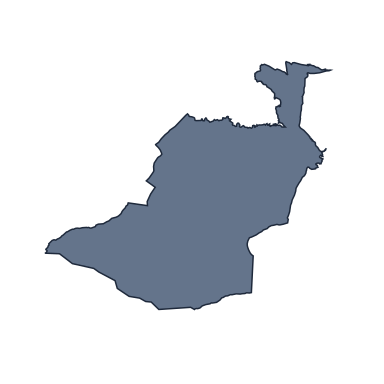 Buyant, Hovd, Mongolia, rotated 352°
{"feature_id": "93677404B7788562092433", "entity_name": "Buyant", "entity_type": "district", "adm_level": 2, "iso_a3": "MNG", "parent_name": "Mongolia", "parent_adm1": "Hovd", "projection": "equal_earth", "projection_center": [92.174, 47.985], "detail": "fine", "context": "isolated", "style": "filled", "palette": "slate", "viewbox_px": 384, "rotation_deg": 352, "n_neighbors": 0, "source": "geoboundaries", "source_scale": "gbopen_adm2", "svg_char_len": 6038}
<svg xmlns="http://www.w3.org/2000/svg" viewBox="0 0 384 384"><g transform="rotate(352 192 192)"><path d="M317.5,185.7L320.2,185.0L319.7,184.1L319.9,183.1L318.6,182.2L318.5,181.5L319.7,180.9L321.0,180.9L322.0,181.2L322.2,181.9L323.7,182.0L324.1,180.9L325.0,179.8L325.1,178.6L326.0,178.0L326.2,177.2L325.7,177.3L323.5,175.7L323.2,175.0L323.5,174.4L324.7,173.5L325.2,174.0L326.0,174.1L325.7,174.9L326.5,174.9L326.3,174.2L326.5,173.0L326.0,171.3L326.5,170.8L326.5,170.4L328.6,170.0L329.9,169.2L329.7,168.8L330.7,168.0L330.6,167.9L328.5,169.7L327.8,170.0L325.4,169.9L324.6,169.2L323.8,168.1L322.7,165.4L321.1,163.5L320.8,162.3L321.0,160.6L320.6,159.7L319.1,158.6L318.9,157.9L318.2,157.9L318.3,156.9L318.0,156.6L317.5,156.5L317.5,156.0L317.1,155.9L317.2,155.4L316.7,155.2L316.3,154.6L316.4,153.8L315.9,153.4L315.6,152.5L311.3,146.5L308.3,143.7L307.4,141.8L307.3,141.4L307.6,140.3L308.3,138.7L309.6,134.3L309.6,132.8L310.1,131.4L310.8,128.1L311.7,126.0L312.5,121.5L314.1,119.6L314.1,117.8L314.5,114.5L314.7,113.8L314.7,113.4L314.4,113.0L315.1,112.2L316.8,109.2L317.0,106.7L317.6,104.2L318.4,102.9L319.7,95.6L319.8,95.3L322.1,94.1L322.7,93.5L323.1,92.0L322.7,91.6L322.9,91.3L322.6,90.8L322.9,90.2L323.6,90.1L325.4,91.0L329.6,91.6L335.0,91.7L341.9,90.8L344.6,91.0L346.2,90.6L345.5,90.4L344.9,90.6L340.4,89.4L340.8,88.9L340.7,88.9L338.5,89.3L337.0,88.9L334.0,86.2L332.3,85.8L330.0,83.9L328.7,83.6L327.3,82.8L326.5,82.7L326.5,82.0L324.3,81.9L324.4,82.4L325.3,82.9L324.9,83.1L317.7,80.9L311.3,78.1L309.6,78.1L308.3,79.5L306.1,77.3L305.3,77.1L303.4,76.0L303.2,76.2L302.8,77.2L302.9,84.2L302.7,85.2L303.0,86.4L302.6,87.7L303.1,88.7L302.7,89.0L301.8,88.3L301.1,86.9L300.0,85.9L298.5,85.4L296.2,83.6L293.4,82.1L291.7,82.7L290.9,82.4L285.9,78.2L281.7,75.7L282.0,75.3L281.5,75.7L279.8,75.9L279.0,76.0L278.8,75.6L277.1,76.8L277.1,78.2L276.6,79.1L276.9,80.8L276.4,81.6L273.3,81.9L272.5,82.6L270.9,83.3L270.6,84.3L270.8,84.7L270.3,86.1L270.6,87.1L270.3,89.0L271.5,90.0L271.7,91.5L272.1,92.0L273.9,91.6L276.0,92.1L276.5,92.8L276.3,93.2L277.3,94.2L277.1,94.5L277.3,94.8L278.2,95.6L279.9,95.9L280.2,96.2L280.8,97.6L280.9,98.3L281.6,98.7L284.5,101.3L284.9,101.7L285.0,102.7L287.5,105.9L287.3,108.0L287.0,108.7L287.3,109.6L286.6,110.0L286.7,111.3L287.1,111.3L287.8,110.8L287.8,110.4L288.4,110.3L291.2,112.1L291.9,112.8L292.3,113.8L292.4,115.7L291.8,118.2L290.7,119.0L291.3,119.0L291.4,119.4L290.4,119.6L290.4,119.0L290.7,118.3L290.5,118.2L289.7,118.8L288.3,119.2L288.0,119.6L287.1,119.4L286.5,121.1L287.0,123.5L286.7,124.6L286.8,126.0L287.7,128.0L287.5,129.2L287.6,131.2L288.2,131.9L288.1,132.8L287.5,133.4L288.0,133.7L288.1,134.5L287.5,135.0L287.2,135.8L288.9,135.3L289.6,136.0L291.0,136.6L291.4,137.3L291.5,138.0L293.4,140.6L290.1,140.2L289.0,138.6L288.1,138.0L287.1,138.2L286.1,137.5L284.5,138.0L283.4,137.8L283.4,137.4L284.8,136.5L284.3,136.1L282.1,136.3L282.4,137.2L282.0,137.5L281.1,137.2L280.1,137.5L279.5,137.2L279.1,137.8L278.7,137.9L278.3,137.4L277.9,136.3L278.3,135.4L277.9,135.5L276.7,136.5L276.4,136.5L275.8,134.7L274.5,135.3L274.1,136.0L272.8,134.9L271.9,135.3L269.7,135.3L268.2,135.0L266.4,135.1L265.7,134.6L265.6,135.8L264.4,135.5L263.9,136.4L263.2,136.7L262.9,136.3L263.2,135.2L262.6,134.6L262.0,134.6L261.3,134.8L260.8,136.4L259.9,137.1L259.4,137.0L258.3,136.1L256.3,136.5L255.9,135.8L253.4,135.2L252.3,133.5L251.5,133.6L249.7,134.6L248.8,134.5L248.2,133.9L248.7,132.3L247.8,130.4L247.3,130.2L246.8,130.2L246.1,130.7L245.5,131.7L245.2,133.1L244.1,133.1L242.9,131.9L241.5,131.4L241.4,130.8L241.9,130.0L241.9,129.3L239.1,126.7L240.7,125.4L238.6,124.6L238.1,123.6L238.5,122.7L238.2,122.3L237.7,122.1L237.0,122.3L236.2,123.2L235.0,123.8L233.9,123.0L232.8,122.9L232.6,123.3L232.6,124.4L231.1,125.1L229.7,124.8L228.6,125.2L227.2,123.9L225.2,124.3L224.2,123.4L222.8,124.7L219.4,125.4L218.7,124.3L216.8,122.6L216.5,121.0L216.0,120.6L214.6,121.8L214.3,123.1L213.8,123.2L212.7,122.9L212.3,122.4L212.4,121.3L211.9,121.0L211.6,121.2L211.1,122.3L210.6,122.4L206.1,121.9L205.0,121.5L204.8,119.1L204.2,118.5L202.3,117.5L199.8,116.8L199.3,115.2L198.4,114.0L196.5,115.2L184.4,124.8L178.7,127.7L176.8,129.5L173.4,131.5L168.9,135.1L166.0,138.1L162.6,139.9L162.8,140.6L164.9,143.3L166.4,146.0L167.3,149.3L167.3,150.5L165.7,151.9L163.7,152.7L162.7,153.4L158.6,158.1L157.5,161.4L157.2,165.6L156.6,166.7L151.6,172.1L148.3,174.6L156.2,182.2L150.8,188.2L146.3,195.2L146.0,199.3L127.3,193.9L126.3,196.0L124.8,196.7L123.6,198.5L121.4,200.2L120.1,201.5L118.8,203.5L116.7,205.0L115.5,205.7L113.4,206.4L108.9,206.9L105.6,209.1L103.4,209.6L99.8,211.1L94.7,210.8L92.3,211.5L91.5,212.8L87.2,213.7L86.0,213.5L84.8,212.7L83.3,212.7L82.7,212.4L78.5,212.1L75.7,212.4L73.3,211.8L71.5,211.8L69.6,212.4L68.3,212.2L65.6,213.0L63.1,214.1L62.2,214.1L58.3,216.8L57.2,217.2L55.6,218.6L53.6,219.5L52.2,219.8L50.4,220.7L48.7,220.1L46.8,220.5L43.0,223.3L43.1,224.5L42.3,225.1L41.4,226.8L39.3,228.3L39.4,228.9L40.3,229.8L40.2,230.5L38.9,231.9L37.8,232.1L52.2,234.7L63.6,246.3L84.1,254.0L88.6,258.3L103.5,269.1L104.6,277.1L115.2,286.6L125.4,289.8L130.9,294.0L136.3,295.3L142.8,303.7L174.6,306.0L178.1,308.7L178.8,308.1L180.3,308.0L181.5,308.3L183.8,307.9L186.3,306.2L190.0,305.4L194.4,305.2L195.7,304.5L196.9,304.8L201.0,304.7L204.8,302.8L206.6,301.0L208.4,300.7L210.6,299.7L213.0,299.8L215.6,299.0L217.5,299.3L221.6,299.0L225.6,299.8L227.5,299.7L230.3,299.9L232.0,299.4L234.8,300.0L236.8,299.9L243.7,263.8L242.1,262.2L241.0,260.2L239.9,256.8L239.4,254.1L239.3,252.5L239.5,250.8L240.5,248.2L241.6,246.6L242.5,245.3L244.7,244.9L249.7,243.4L252.8,241.8L255.5,240.9L257.4,239.5L261.4,238.7L263.1,237.3L265.9,236.3L268.1,236.3L271.6,235.9L273.6,236.7L274.7,236.8L277.8,236.6L282.4,235.9L283.5,232.5L282.9,231.2L283.0,230.5L284.1,228.9L285.9,225.2L287.8,218.7L289.0,216.7L290.1,213.8L293.0,209.4L294.8,205.6L295.5,202.9L296.3,201.7L299.3,197.9L301.2,195.9L303.3,192.8L305.3,191.7L306.2,190.8L307.4,189.1L308.0,187.1L308.5,186.3L308.8,184.9L309.6,183.9L310.2,183.5L311.1,183.7L312.1,185.1L313.7,186.2L317.1,186.3L317.5,186.2L317.5,185.7Z" fill="#64748b" stroke="#1e293b" stroke-width="1.5"/></g></svg>